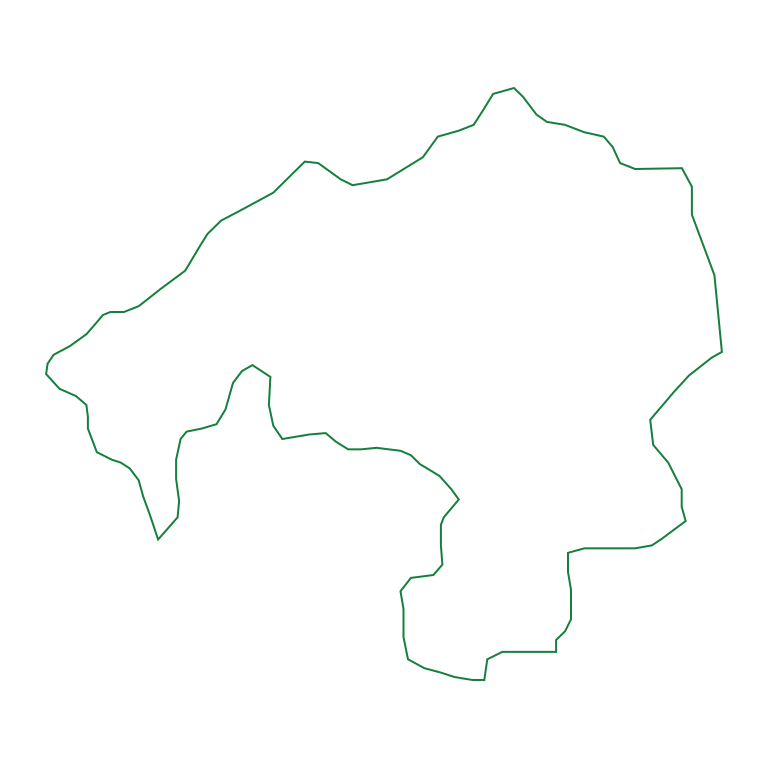 outline of Hoengseong-gun, Gangwon, South Korea
{"feature_id": "91817680B58418421780923", "entity_name": "Hoengseong-gun", "entity_type": "district", "adm_level": 2, "iso_a3": "KOR", "parent_name": "South Korea", "parent_adm1": "Gangwon", "projection": "natural_earth1", "projection_center": [128.028, 37.482], "detail": "fine", "context": "isolated", "style": "outline", "palette": "green", "viewbox_px": 768, "rotation_deg": 0, "n_neighbors": 0, "source": "geoboundaries", "source_scale": "gbopen_adm2", "svg_char_len": 1659}
<svg xmlns="http://www.w3.org/2000/svg" viewBox="0 0 768 768"><path d="M681.9,168.2L635.1,169.0L620.1,163.1L612.6,146.9L603.7,136.6L584.2,132.2L564.8,124.8L546.9,121.9L536.4,114.5L523.0,96.8L514.0,88.0L493.1,93.9L484.1,108.6L473.7,124.8L458.7,130.7L437.8,136.6L422.9,157.2L387.0,179.3L352.6,185.2L340.7,179.3L318.2,163.1L304.8,161.6L292.8,173.4L282.4,183.7L273.4,192.6L243.5,208.8L221.1,220.6L207.6,233.8L200.2,245.6L185.2,270.7L161.3,288.4L138.8,306.1L123.9,312.0L110.4,312.0L102.9,315.0L95.5,323.8L86.5,334.1L70.0,346.0L53.6,354.8L47.6,363.7L46.1,374.0L59.5,388.8L76.0,396.1L86.4,405.0L87.9,416.8L87.9,428.6L96.9,452.3L99.9,453.7L111.8,459.7L120.8,462.6L129.8,468.5L138.7,480.3L143.2,496.6L149.2,512.9L153.7,526.2L158.1,539.5L168.6,527.6L177.6,517.3L179.1,501.0L176.1,478.9L176.1,459.7L180.6,439.0L186.6,431.6L201.6,428.6L216.5,424.2L225.5,409.4L233.0,382.9L242.0,371.0L252.4,365.1L270.4,376.9L268.9,405.0L273.3,425.7L282.3,439.0L309.2,434.5L325.7,433.1L336.2,441.9L348.1,449.3L361.6,449.3L376.5,447.8L400.5,450.8L410.9,455.2L419.9,464.1L439.4,475.9L451.3,489.2L458.8,499.5L443.8,517.3L440.9,524.7L440.9,545.4L442.4,564.6L433.4,575.0L410.9,577.9L400.5,591.2L403.5,609.0L403.5,637.1L408.0,659.3L424.4,668.2L440.9,672.6L454.3,677.0L472.3,680.0L484.3,680.0L487.3,659.3L502.2,651.9L518.7,651.9L556.1,651.9L556.1,640.0L565.1,631.2L571.0,619.3L571.0,589.7L568.0,572.0L568.0,552.8L584.5,548.3L617.4,548.3L635.3,548.3L651.8,545.4L660.8,539.5L685.7,521.0L681.7,506.9L681.7,489.2L668.2,462.6L653.2,444.9L650.2,419.8L674.1,391.7L689.0,375.5L711.5,357.8L721.9,351.9L714.4,275.1L691.9,214.7L691.9,186.7L681.9,168.2Z" fill="none" stroke="#15803d" stroke-width="2"/></svg>